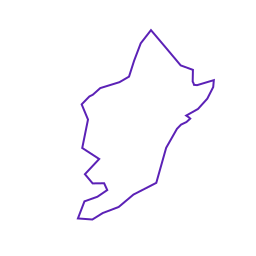 Kokneses, Equal Earth projection, rotated 140°
{"feature_id": "LVA-5729", "entity_name": "Kokneses", "entity_type": "Municipality", "adm_level": 1, "iso_a3": "LVA", "parent_name": "Latvia", "parent_adm1": "", "projection": "equal_earth", "projection_center": [25.446, 56.702], "detail": "fine", "context": "isolated", "style": "outline", "palette": "violet", "viewbox_px": 256, "rotation_deg": 140, "n_neighbors": 0, "source": "natural_earth", "source_scale": "10m", "svg_char_len": 643}
<svg xmlns="http://www.w3.org/2000/svg" viewBox="0 0 256 256"><g transform="rotate(140 128 128)"><path d="M141.6,67.8L166.6,73.5L185.9,73.5L202.0,79.1L214.1,80.8L224.5,90.9L208.5,99.8L195.6,95.0L183.8,93.8L181.8,101.0L190.7,108.3L190.7,120.3L170.0,122.8L175.9,142.1L153.2,160.2L148.3,175.9L137.3,177.0L133.6,176.1L123.6,176.4L105.1,168.6L94.2,166.7L80.1,175.6L63.8,184.7L47.5,188.2L47.4,166.3L47.4,142.1L40.9,130.8L48.6,122.0L49.0,120.3L49.7,118.6L47.5,116.4L31.5,109.5L36.4,104.6L48.4,99.5L62.1,97.6L75.4,100.1L74.5,96.9L74.3,95.2L79.4,95.0L85.2,96.5L91.0,95.9L111.5,88.3L141.6,67.8Z" fill="none" stroke="#5b21b6" stroke-width="2"/></g></svg>